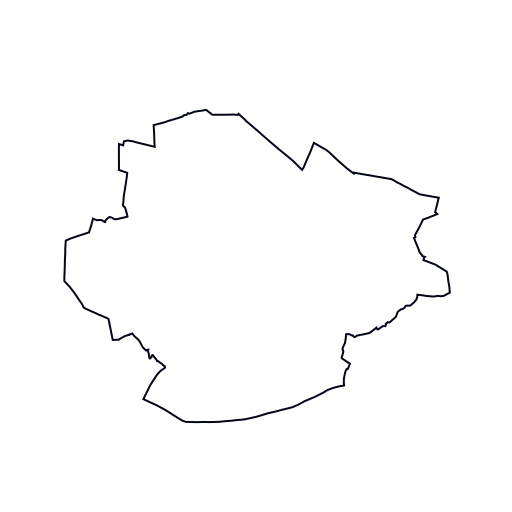 Chau Thanh, Can Tho, Vietnam (Natural Earth projection), rotated 165°
{"feature_id": "81297802B15585210216113", "entity_name": "Chau Thanh", "entity_type": "district", "adm_level": 2, "iso_a3": "VNM", "parent_name": "Vietnam", "parent_adm1": "Can Tho", "projection": "natural_earth1", "projection_center": [105.82, 10.223], "detail": "fine", "context": "isolated", "style": "outline", "palette": "ink", "viewbox_px": 512, "rotation_deg": 165, "n_neighbors": 0, "source": "geoboundaries", "source_scale": "gbopen_adm2", "svg_char_len": 5421}
<svg xmlns="http://www.w3.org/2000/svg" viewBox="0 0 512 512"><g transform="rotate(165 256 256)"><path d="M353.9,400.9L355.7,397.3L359.4,399.6L360.7,395.0L365.8,375.7L366.3,374.7L358.9,369.7L359.1,369.1L360.5,365.4L362.0,362.0L365.6,353.8L367.5,349.7L369.0,345.8L370.0,343.0L370.4,341.7L370.7,341.3L370.9,341.0L371.1,340.6L371.2,340.1L371.3,339.3L371.3,338.8L371.0,338.3L370.3,337.2L370.0,336.6L369.9,335.9L369.8,331.7L369.9,327.5L370.0,327.2L371.0,327.3L375.6,327.4L380.2,327.6L382.3,327.8L382.6,328.0L383.3,328.2L384.8,329.9L385.9,330.8L386.3,331.0L386.8,331.3L387.3,331.4L387.7,331.5L388.0,331.4L388.6,331.2L390.8,330.1L391.9,329.5L392.3,329.1L392.7,328.6L392.9,327.8L393.1,327.8L393.5,328.1L394.2,328.9L394.9,329.7L395.6,330.3L396.3,330.8L397.7,331.3L399.0,331.4L400.4,331.8L400.8,332.0L401.6,332.6L403.8,334.3L407.6,327.5L408.2,326.6L408.6,326.1L411.2,322.0L423.1,321.4L431.9,320.8L433.7,320.4L435.4,320.2L435.8,320.0L438.2,312.9L439.6,307.8L441.7,301.4L443.5,295.1L443.9,293.8L444.9,290.5L446.7,284.8L447.6,281.4L447.3,280.7L444.1,274.8L441.3,268.2L440.2,265.2L439.3,262.6L438.5,260.0L436.7,255.3L436.5,254.6L436.4,254.3L436.1,252.7L435.9,251.3L435.2,250.2L434.9,249.9L432.5,247.8L429.9,245.7L424.6,241.4L423.9,240.8L422.4,239.6L419.6,237.4L415.5,234.2L414.8,233.2L415.3,224.7L415.5,221.3L415.6,219.8L416.1,212.0L413.4,211.4L410.5,210.7L407.6,211.5L403.9,212.5L399.5,212.8L399.4,212.8L399.0,212.5L398.9,212.5L398.6,212.6L398.2,213.0L397.9,213.1L397.7,213.1L397.3,213.0L396.9,212.9L396.6,213.0L395.5,213.1L394.2,209.9L393.6,209.1L393.1,208.2L392.2,207.1L390.7,204.3L389.9,201.0L389.3,198.6L389.1,197.7L388.7,196.6L387.9,195.2L387.3,194.3L386.6,193.1L386.2,193.1L385.3,193.5L385.1,193.5L384.3,193.4L384.8,192.6L385.0,192.0L384.9,190.8L384.9,188.8L385.1,187.3L385.4,185.3L385.4,184.9L385.1,184.5L384.7,184.4L383.1,185.6L382.6,186.3L382.2,186.8L381.9,187.1L381.6,187.1L381.4,187.0L379.0,181.6L378.8,180.3L378.7,180.0L378.1,179.9L377.7,179.7L376.9,178.6L375.3,176.7L374.9,176.3L374.7,176.1L374.6,175.7L374.4,175.2L374.2,174.9L374.1,174.7L372.6,173.1L372.6,172.2L372.8,171.7L373.0,171.5L376.0,170.5L378.6,169.4L382.8,166.6L391.6,158.6L401.8,146.9L395.8,141.8L391.2,138.1L382.9,130.2L377.6,124.4L374.4,120.9L370.3,116.6L368.9,115.4L366.6,113.9L366.0,113.7L365.2,113.5L360.6,112.1L355.2,110.6L349.7,109.3L344.2,107.7L339.3,106.5L337.7,106.1L333.6,105.2L328.4,104.4L323.3,103.4L318.4,102.7L315.3,102.2L313.1,101.7L308.4,101.1L302.2,100.8L296.1,100.6L290.6,100.8L285.4,101.0L277.6,100.7L270.2,100.7L260.5,100.5L254.2,101.3L247.1,103.1L235.0,104.8L226.5,106.6L221.7,108.0L215.8,108.6L209.8,108.6L204.5,108.1L203.7,111.9L202.7,115.1L200.0,120.5L199.0,122.0L198.2,122.9L197.8,123.3L197.4,123.3L197.0,123.1L196.8,123.0L196.5,123.1L193.6,127.0L193.1,127.6L195.9,130.7L198.9,134.2L199.2,134.5L199.5,134.9L199.6,135.3L199.6,135.7L199.4,136.0L198.0,138.2L196.8,140.2L196.3,141.2L196.3,141.7L196.5,143.3L196.4,144.0L196.1,144.6L195.7,145.3L193.0,148.4L192.6,148.8L192.3,149.6L190.9,152.5L190.0,155.0L189.4,157.0L189.2,157.2L188.9,157.2L188.3,157.0L187.7,156.7L186.6,156.5L185.9,156.2L185.7,156.1L185.3,155.8L184.4,154.7L184.1,154.6L183.8,154.5L183.3,154.4L183.0,153.9L182.4,152.7L182.0,152.2L181.7,152.1L181.2,152.2L179.3,152.9L178.9,153.0L178.0,152.9L171.8,152.5L167.5,152.3L166.2,152.4L165.1,152.6L163.1,153.5L162.7,153.7L158.3,155.6L158.3,155.3L158.0,154.3L157.9,154.0L157.7,153.7L157.3,153.5L157.0,153.5L156.5,153.7L153.2,154.9L152.1,155.4L151.4,155.3L150.5,155.1L149.5,154.9L149.3,154.9L149.0,155.0L148.6,155.5L148.3,156.0L148.2,156.3L148.1,156.7L148.1,157.0L147.9,157.0L147.6,157.1L147.4,157.1L147.2,157.2L146.2,157.9L145.8,157.9L145.7,157.9L145.5,157.7L145.0,157.6L144.6,157.3L144.3,157.3L143.0,157.8L140.6,159.1L138.5,160.0L136.4,161.3L135.5,162.5L134.7,163.8L133.9,165.0L132.8,165.8L131.2,166.3L129.7,167.0L128.6,166.9L127.5,167.1L126.7,167.1L125.5,168.1L124.0,169.1L122.1,168.8L120.3,168.1L118.5,168.8L115.5,170.2L112.4,172.4L111.5,173.6L110.8,174.9L110.2,176.8L109.3,176.5L106.2,175.3L103.4,174.1L102.3,173.5L99.8,172.6L97.3,171.7L94.9,170.9L93.4,170.6L92.1,170.6L90.7,170.4L89.0,169.7L87.6,169.2L85.2,168.9L83.3,169.2L80.8,169.9L78.3,170.4L77.2,176.4L76.8,181.7L76.3,184.7L75.7,189.8L75.9,191.7L80.0,196.0L84.2,200.5L85.4,201.6L89.7,204.7L93.4,207.4L95.3,208.6L94.2,210.8L93.1,211.4L95.2,212.8L95.6,214.3L96.8,216.7L97.2,219.3L97.4,222.1L98.3,228.8L98.7,232.6L97.1,233.0L97.1,234.9L89.6,242.9L85.2,248.0L79.8,248.4L70.0,249.6L71.6,252.1L68.7,257.2L64.4,265.0L68.7,267.0L73.7,269.3L78.5,271.6L82.0,273.3L88.6,279.4L91.7,282.6L94.5,284.9L98.5,288.8L100.0,290.0L104.2,294.3L105.3,295.2L140.0,311.2L140.3,310.4L145.1,316.5L149.4,322.9L152.1,326.9L155.5,332.5L159.0,338.1L160.9,340.5L162.5,342.1L163.2,342.7L170.8,350.3L177.1,341.8L181.3,336.7L187.0,329.3L188.7,327.7L189.2,327.2L195.0,337.3L199.6,344.0L201.3,346.3L207.0,354.2L211.0,360.1L211.6,360.9L219.1,372.0L221.0,375.0L231.0,389.5L231.0,390.0L234.2,394.9L236.0,397.8L236.6,397.2L237.5,397.1L241.2,398.5L243.9,399.1L249.0,400.4L261.6,403.7L263.7,406.6L266.4,410.1L269.5,410.3L278.3,411.3L282.7,410.7L283.6,410.7L284.2,411.2L284.5,411.5L285.2,411.5L285.6,411.1L286.1,410.6L286.6,410.3L287.0,410.3L287.7,410.4L288.3,410.6L288.9,410.7L289.9,410.2L291.1,409.7L292.6,409.6L296.3,409.4L305.0,409.2L310.7,408.8L321.0,408.9L321.7,405.4L322.9,399.8L325.0,390.8L325.6,387.7L343.5,397.5L344.9,398.5L350.1,400.8L353.9,400.9Z" fill="none" stroke="#020617" stroke-width="2"/></g></svg>